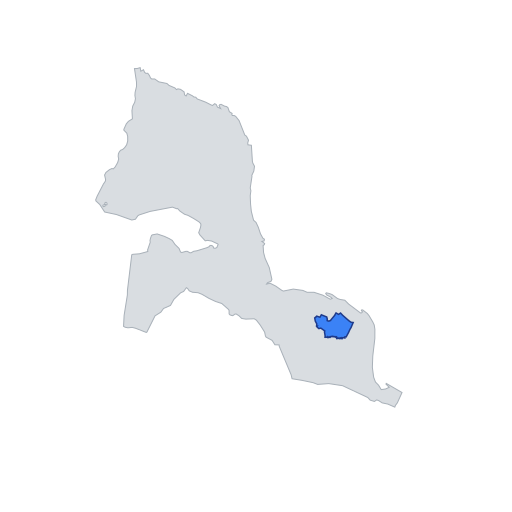 location of Funhalouro, Inhambane, Mozambique, rotated 296°
{"feature_id": "85939544B45831091528789", "entity_name": "Funhalouro", "entity_type": "district", "adm_level": 2, "iso_a3": "MOZ", "parent_name": "Mozambique", "parent_adm1": "Inhambane", "projection": "orthographic", "projection_center": [33.954, -22.935], "detail": "fine", "context": "in_parent", "style": "filled", "palette": "blue", "viewbox_px": 512, "rotation_deg": 296, "n_neighbors": 0, "source": "geoboundaries", "source_scale": "gbopen_adm2", "svg_char_len": 6434}
<svg xmlns="http://www.w3.org/2000/svg" viewBox="0 0 512 512"><g transform="rotate(296 256 256)"><path d="M161.5,342.2L164.6,339.7L184.9,316.6L186.2,315.7L184.5,311.9L187.2,307.5L187.5,300.6L188.3,299.5L191.4,297.1L195.8,290.0L198.5,284.5L198.8,281.9L194.8,274.5L193.6,270.5L194.8,267.0L195.2,263.7L194.6,262.6L192.2,261.3L191.8,259.9L191.7,258.2L192.2,257.2L195.2,255.7L195.9,254.8L198.3,246.1L197.4,239.6L197.3,232.1L197.9,224.3L197.6,220.0L195.6,214.9L195.4,211.3L196.8,208.8L197.0,207.3L192.4,206.5L189.9,204.4L181.0,201.2L174.1,200.8L168.3,195.9L163.8,195.1L158.0,191.5L139.8,191.3L139.2,190.9L138.3,179.8L137.6,176.1L135.3,172.3L134.6,169.6L134.7,167.8L144.8,163.5L164.5,157.5L168.8,155.5L202.6,143.8L203.5,144.5L206.9,150.3L212.6,156.8L214.0,155.9L222.1,154.9L223.3,154.0L225.7,153.4L228.6,153.1L229.5,153.5L232.5,157.5L233.5,165.1L233.6,170.3L233.3,173.9L230.9,178.1L229.1,183.5L226.5,186.4L226.6,187.8L229.5,191.0L230.1,192.3L229.9,195.1L230.4,196.2L232.9,197.9L234.8,200.6L242.1,208.4L243.9,209.8L245.4,210.1L246.1,211.7L245.7,213.4L244.6,214.4L245.0,215.9L246.4,217.1L249.7,216.9L250.1,216.4L250.0,209.6L248.8,205.6L247.4,203.7L250.3,196.4L251.8,194.3L257.3,193.6L259.8,192.9L260.9,192.0L261.7,189.7L262.4,183.2L262.7,177.0L262.2,173.4L263.0,168.0L264.3,164.7L263.7,164.0L263.3,159.5L249.6,141.2L241.8,133.1L240.5,132.2L236.2,131.5L233.9,128.6L232.1,112.4L229.2,100.7L233.8,93.0L235.3,88.0L236.2,87.3L240.1,87.0L253.8,87.3L257.2,87.8L258.8,87.3L262.4,84.4L265.3,84.5L269.3,86.4L271.4,88.1L271.8,89.6L274.4,90.4L279.3,90.7L282.9,90.1L285.2,88.4L287.6,87.5L290.0,87.5L291.9,88.1L293.2,89.4L295.6,90.4L299.1,91.0L303.1,90.3L307.3,88.2L309.8,86.0L311.1,82.2L311.9,81.7L317.9,81.5L321.1,82.3L325.1,84.8L332.2,80.8L336.7,79.5L341.0,79.6L344.5,78.7L347.2,76.8L350.1,75.6L356.0,74.3L360.0,72.3L371.2,64.6L372.4,67.0L374.5,69.3L371.6,71.5L374.1,73.2L372.2,75.4L371.9,77.0L372.8,78.6L371.5,81.1L369.8,83.1L369.4,84.6L370.7,87.4L369.9,92.2L372.0,100.3L371.2,103.0L371.5,109.4L370.7,111.6L372.0,112.5L372.7,115.1L372.0,119.4L369.5,121.2L369.2,123.0L372.2,123.2L372.1,128.8L371.7,130.4L372.3,132.3L371.4,134.3L372.2,143.3L372.1,149.8L372.2,150.9L374.8,152.1L374.7,153.9L372.9,156.1L373.0,159.6L374.9,156.9L376.0,157.0L377.0,158.1L376.9,162.0L377.4,164.0L377.1,165.7L374.0,168.8L373.7,172.0L372.5,172.3L371.9,173.1L372.7,174.9L372.6,176.5L370.3,181.4L359.8,192.9L359.5,194.9L356.8,198.5L354.0,199.0L352.4,200.0L353.5,203.3L339.6,211.2L338.2,212.3L336.0,215.3L331.4,216.8L326.6,216.9L325.7,217.5L314.6,221.0L312.4,222.8L307.6,224.4L300.2,228.4L294.1,232.2L287.1,238.1L286.2,241.3L282.9,245.4L277.9,250.3L275.0,254.4L274.8,256.2L273.1,256.7L271.7,254.9L271.0,258.3L269.8,258.5L268.5,257.8L262.4,261.3L257.8,265.3L251.4,273.0L242.0,280.5L239.9,280.6L237.0,278.0L235.4,277.8L237.7,280.6L237.6,287.0L236.4,294.4L236.5,296.0L242.6,304.0L245.6,313.2L245.8,317.9L248.8,324.0L250.1,333.2L249.7,341.7L251.2,343.1L251.7,341.9L252.0,336.5L252.8,335.1L253.7,335.3L254.4,338.2L254.7,341.3L253.5,347.9L253.8,350.6L255.2,355.2L253.4,360.4L250.6,374.9L251.2,375.9L252.5,376.2L253.1,374.6L253.9,374.6L254.3,375.6L253.1,381.3L251.9,383.8L247.9,389.9L245.8,392.5L242.2,395.0L233.9,399.0L217.3,404.8L206.9,409.4L198.6,414.9L195.1,418.6L193.6,422.8L190.8,427.1L193.3,430.8L196.4,433.3L197.8,429.0L198.6,428.9L197.3,447.1L186.0,447.4L182.8,446.8L181.0,447.0L180.7,439.4L179.3,433.8L179.8,429.8L179.6,427.6L177.2,426.2L176.5,421.8L177.8,418.5L177.4,390.7L173.2,377.3L167.6,367.7L167.2,362.9L164.5,352.2L161.5,342.2ZM236.8,99.6L238.2,98.9L238.5,97.6L237.5,96.9L236.7,97.1L236.3,99.2L236.8,99.6ZM235.8,97.2L234.6,96.2L233.8,96.4L233.5,97.3L234.4,98.4L235.3,98.4L235.8,97.2Z" fill="#d9dde1" stroke="#a8b0b8" stroke-width="1"/><path d="M219.6,369.7L219.8,369.6L220.0,369.5L220.4,369.5L220.5,369.6L220.6,369.8L220.7,370.0L220.8,370.2L220.8,370.3L221.2,371.6L221.3,371.5L221.3,371.4L221.6,371.3L221.7,371.2L221.8,371.2L222.0,371.1L222.2,371.3L222.4,371.5L222.4,371.8L222.5,371.9L222.6,372.1L222.7,372.4L222.8,372.5L227.6,372.7L231.3,372.6L233.3,372.8L238.8,372.5L238.1,370.5L238.5,367.9L238.7,367.6L238.7,367.3L238.7,367.2L240.7,359.9L241.8,357.0L239.7,355.8L239.9,352.9L238.0,352.7L237.4,352.8L231.2,351.3L230.7,351.3L230.6,351.1L229.8,350.5L229.7,350.2L229.4,349.9L229.3,349.5L229.2,349.4L229.2,349.2L229.2,348.9L229.1,348.6L229.1,348.3L230.7,347.6L232.2,346.3L231.8,340.5L229.0,340.3L228.6,337.0L228.3,337.0L228.1,337.0L228.0,336.9L227.9,336.7L227.7,336.7L227.3,336.5L227.2,336.5L227.2,336.4L226.1,335.9L223.5,337.8L223.4,337.9L221.7,340.3L220.6,340.8L220.4,340.8L220.2,340.9L219.9,341.0L219.7,341.1L219.4,341.2L219.4,341.3L219.4,341.5L219.5,341.7L219.6,341.8L219.2,341.8L218.9,342.1L218.3,344.3L219.6,345.9L218.8,350.7L217.8,350.8L214.9,352.9L214.6,353.0L214.4,353.2L214.3,353.3L214.2,353.4L213.9,353.4L213.8,353.5L213.6,353.5L213.2,353.6L213.2,353.8L213.4,354.0L213.5,354.0L213.6,354.3L213.8,354.5L213.9,354.8L213.9,355.0L214.0,355.1L214.0,355.3L214.1,355.5L214.2,355.8L214.3,355.8L214.2,355.9L214.1,356.0L214.1,356.3L214.2,356.5L214.3,356.5L214.5,356.7L214.7,356.8L214.8,356.8L214.7,357.0L214.8,357.1L215.0,357.3L215.1,357.5L215.2,357.8L215.2,358.0L215.3,358.0L215.4,357.9L215.5,357.9L215.9,357.8L216.0,357.9L216.0,358.0L215.9,358.3L215.9,358.5L216.0,358.5L216.3,358.6L216.5,358.7L216.6,358.8L216.6,359.0L216.7,359.3L216.8,359.4L217.0,359.4L217.1,359.5L217.1,359.8L217.0,360.0L217.3,360.3L217.4,360.2L217.5,360.2L217.6,360.3L217.6,360.5L217.6,360.8L217.5,361.0L217.5,361.3L217.5,361.5L217.8,361.7L217.9,361.8L218.0,361.9L218.0,362.0L218.2,362.3L218.1,362.5L217.9,362.8L218.0,362.9L218.0,363.0L218.0,363.3L218.1,363.5L218.3,363.6L218.5,363.6L218.7,363.8L218.5,364.0L218.4,364.1L218.2,364.0L218.2,363.9L218.1,364.0L218.1,364.3L217.9,364.4L217.7,364.2L217.5,364.4L217.4,364.5L217.5,364.6L217.6,364.8L217.5,365.0L217.4,365.1L217.5,365.3L217.8,365.4L218.0,365.4L218.0,365.5L217.9,365.5L218.0,365.6L217.9,365.7L217.9,365.8L218.0,365.9L218.0,366.0L217.9,366.0L218.0,366.2L218.1,366.3L218.2,366.2L218.3,366.2L218.3,366.3L218.4,366.5L218.5,366.7L218.4,366.8L218.4,367.0L218.5,367.1L218.4,367.2L218.4,367.3L218.5,367.3L218.8,367.4L218.8,367.2L218.9,367.3L219.0,367.3L219.3,367.6L219.2,367.7L219.2,367.8L219.3,367.9L219.4,368.0L219.5,368.2L219.5,368.3L219.4,368.4L219.4,368.5L219.5,368.6L219.4,368.6L219.5,368.7L219.6,368.8L219.8,368.8L219.7,369.0L219.4,369.2L219.4,369.3L219.3,369.6L219.5,369.7L219.6,369.7Z" fill="#3b82f6" stroke="#1e3a8a" stroke-width="1.5"/></g></svg>